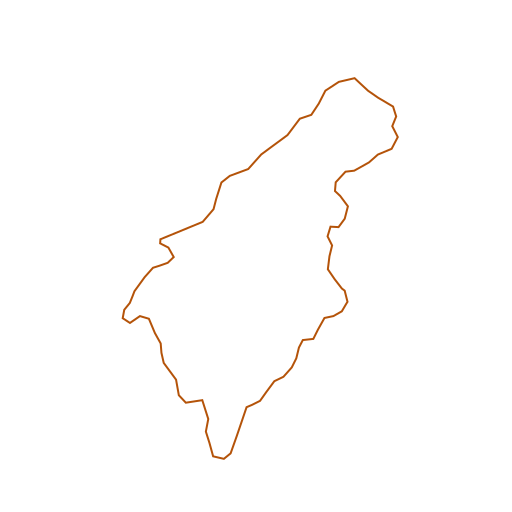 outline of Hamyang-gun, South Gyeongsang, South Korea, rotated 202°
{"feature_id": "91817680B59476098361869", "entity_name": "Hamyang-gun", "entity_type": "district", "adm_level": 2, "iso_a3": "KOR", "parent_name": "South Korea", "parent_adm1": "South Gyeongsang", "projection": "orthographic", "projection_center": [127.715, 35.54], "detail": "fine", "context": "isolated", "style": "outline", "palette": "amber", "viewbox_px": 512, "rotation_deg": 202, "n_neighbors": 0, "source": "geoboundaries", "source_scale": "gbopen_adm2", "svg_char_len": 1259}
<svg xmlns="http://www.w3.org/2000/svg" viewBox="0 0 512 512"><g transform="rotate(202 256 256)"><path d="M220.7,54.2L209.8,55.9L205.6,63.5L206.4,82.0L207.2,96.3L208.1,112.3L203.9,116.5L198.0,123.2L195.4,134.1L192.1,146.8L185.3,154.3L181.1,166.1L180.3,176.2L181.9,187.2L181.1,195.6L171.8,200.6L171.0,210.8L169.3,224.2L161.7,229.3L155.7,236.9L154.4,245.6L154.0,247.8L160.8,257.1L164.2,258.0L174.3,263.9L184.4,270.6L187.8,283.3L189.4,294.3L197.0,301.0L197.9,311.1L190.3,313.7L187.7,323.8L189.4,336.5L200.4,343.2L207.1,345.8L209.7,354.2L204.6,367.7L196.9,371.9L186.3,385.1L181.0,395.7L170.4,406.2L169.1,419.4L178.3,427.4L178.3,437.9L181.8,442.1L184.9,445.9L202.1,448.5L214.0,451.2L223.7,454.9L231.2,457.8L244.4,448.5L253.6,435.3L254.9,420.8L257.6,407.6L266.8,399.7L272.1,379.9L282.7,362.7L289.2,352.1L295.8,333.7L310.3,320.5L315.6,311.2L314.3,294.1L312.9,283.5L318.2,267.7L350.9,235.7L349.6,231.8L340.4,231.0L331.9,224.2L335.3,216.6L342.0,210.7L347.1,206.5L351.3,194.7L355.5,177.8L355.4,172.8L355.4,165.2L358.0,156.8L356.3,148.4L347.8,146.7L341.1,156.8L331.8,157.7L320.9,146.7L311.6,139.2L307.4,130.8L301.5,122.3L283.8,111.4L275.4,98.0L266.1,93.7L251.8,102.2L239.2,87.0L236.7,74.4L229.1,65.2L220.7,54.2Z" fill="none" stroke="#b45309" stroke-width="2"/></g></svg>